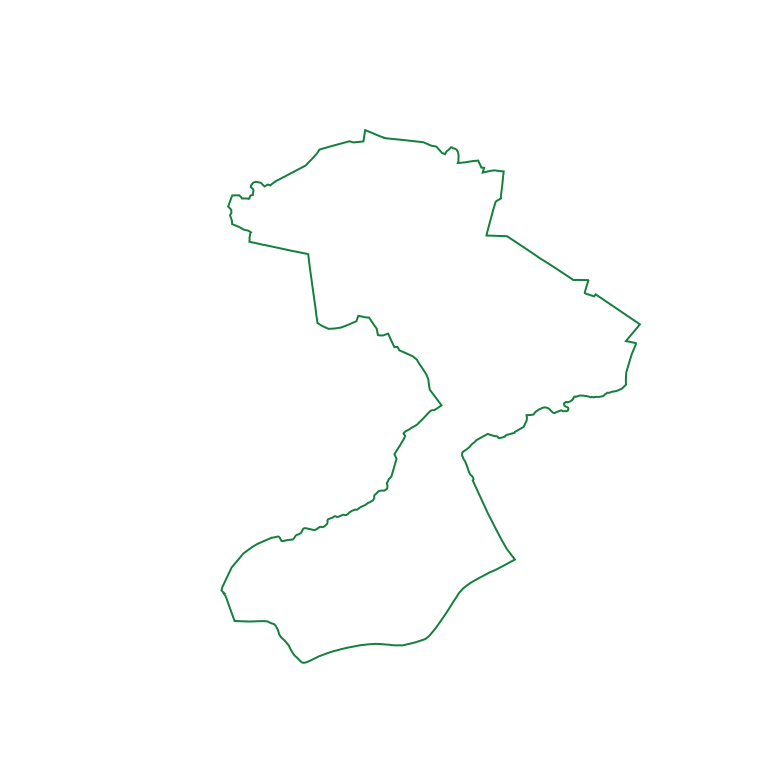 the district of Dorolt, Satu Mare, Romania, rotated 329°
{"feature_id": "2599482B34553912089918", "entity_name": "Dorolt", "entity_type": "district", "adm_level": 2, "iso_a3": "ROU", "parent_name": "Romania", "parent_adm1": "Satu Mare", "projection": "equal_earth", "projection_center": [22.775, 47.851], "detail": "fine", "context": "isolated", "style": "outline", "palette": "green", "viewbox_px": 768, "rotation_deg": 329, "n_neighbors": 0, "source": "geoboundaries", "source_scale": "gbopen_adm2", "svg_char_len": 6130}
<svg xmlns="http://www.w3.org/2000/svg" viewBox="0 0 768 768"><g transform="rotate(329 384 384)"><path d="M405.8,601.9L404.3,588.7L404.5,579.4L405.2,566.1L406.5,547.7L410.4,512.3L411.2,512.1L411.6,511.9L411.8,511.4L412.0,510.8L412.1,509.9L412.0,508.3L411.4,506.6L411.3,505.6L411.5,503.1L412.7,498.1L412.8,496.9L413.2,495.7L413.2,494.4L413.5,493.5L413.6,491.8L413.6,488.9L414.0,486.5L414.0,485.6L415.5,483.4L416.3,482.8L421.4,482.6L424.6,482.1L428.7,480.8L431.2,480.6L433.4,480.0L434.2,479.7L447.2,480.2L449.1,482.5L451.1,484.7L452.8,486.2L453.7,486.8L454.1,487.5L454.5,489.4L454.8,489.6L456.6,490.4L460.1,491.3L460.7,491.3L461.5,490.8L463.1,490.9L468.4,492.4L468.4,492.5L470.6,493.1L471.3,492.7L471.5,492.5L481.6,492.7L487.4,488.8L488.3,487.8L489.4,486.0L490.1,484.1L492.4,485.4L495.8,487.0L496.5,487.1L497.1,486.9L497.5,486.6L500.1,485.8L501.2,485.9L502.3,485.8L502.7,485.7L505.0,485.8L505.7,486.0L507.5,486.0L508.7,486.4L510.4,487.2L511.7,488.7L512.8,490.4L513.5,493.5L513.9,495.0L514.3,495.9L515.0,496.6L515.6,496.9L516.3,496.8L517.9,497.1L518.5,497.1L522.3,497.8L523.6,499.7L525.2,500.5L526.9,501.5L527.8,501.5L529.0,500.6L529.4,500.0L529.6,499.1L528.6,497.5L527.5,495.7L527.9,493.9L528.4,493.3L530.4,493.1L531.2,493.3L531.8,494.1L532.9,494.5L534.7,494.8L536.1,494.8L537.1,494.7L537.2,494.4L538.1,494.1L538.6,494.2L539.6,493.1L540.0,493.0L541.0,493.0L541.5,493.3L541.7,493.8L544.3,494.3L545.7,494.7L547.5,495.7L548.8,496.6L550.4,498.0L551.3,498.4L551.5,498.7L551.9,499.3L553.0,500.2L554.4,501.9L555.3,502.0L555.7,502.2L556.3,503.0L556.9,503.4L559.7,504.5L561.5,505.7L562.9,506.3L565.8,507.3L566.4,507.2L568.4,506.6L570.1,506.7L570.8,506.5L571.4,506.7L572.2,507.4L572.8,507.6L575.2,508.0L576.2,508.3L578.6,509.4L580.6,509.9L585.8,510.5L591.1,509.2L592.4,506.8L593.5,504.9L595.7,501.6L598.0,498.4L602.1,494.8L606.7,490.5L611.9,485.9L620.2,479.8L620.9,478.6L613.5,471.8L634.1,464.7L611.6,416.2L609.2,417.1L603.2,410.1L603.0,409.6L603.1,409.1L606.5,405.9L612.5,400.5L612.5,400.1L601.9,393.5L601.7,393.5L599.7,392.2L599.0,390.4L587.8,367.1L582.2,356.1L579.5,350.0L565.6,320.7L548.3,309.5L551.6,306.1L567.6,290.7L573.1,285.7L574.3,285.1L579.8,285.2L580.6,283.6L586.6,276.0L596.1,263.4L593.7,261.7L588.9,257.9L586.0,256.5L577.5,253.6L581.1,250.2L578.9,248.6L579.0,248.4L579.8,241.0L574.3,238.4L566.8,235.4L561.2,232.6L561.7,232.3L562.7,231.0L563.4,230.0L563.7,229.3L565.4,227.0L566.1,225.2L566.5,224.6L566.9,223.2L566.9,220.7L566.5,219.7L565.8,218.6L564.8,217.6L564.4,217.4L564.3,216.9L564.4,216.5L563.9,216.0L563.2,215.6L560.3,216.5L558.4,216.7L557.3,217.0L556.7,217.2L555.4,217.9L554.7,218.4L552.8,216.0L551.9,211.2L551.1,207.5L550.9,207.2L547.4,204.2L542.2,197.0L525.7,184.4L511.7,174.0L511.0,173.3L511.2,173.2L508.6,170.2L499.1,157.3L498.6,156.7L491.3,165.5L482.8,161.5L481.9,160.9L479.4,158.1L477.9,157.7L460.6,152.8L449.4,149.8L445.5,151.8L437.9,154.1L432.1,155.6L429.6,156.4L395.6,154.4L395.2,154.6L394.8,154.4L390.5,154.9L388.9,155.3L387.1,153.2L383.3,153.1L382.1,148.1L378.3,144.7L375.7,144.1L372.4,145.2L371.2,146.7L372.1,149.3L371.7,151.1L369.9,153.0L369.0,154.4L366.6,153.7L364.6,155.1L364.3,155.6L364.0,155.7L363.4,155.7L362.7,154.9L360.4,153.3L357.8,151.9L357.6,149.2L357.3,148.6L357.2,147.8L351.1,144.2L348.3,146.3L341.8,151.7L342.8,155.9L341.3,158.7L338.9,160.1L337.8,165.4L336.2,168.8L340.7,174.8L343.3,179.5L346.5,182.5L348.1,185.5L347.3,185.7L344.0,189.4L343.5,190.5L341.9,192.8L348.4,198.8L351.4,201.8L354.5,204.5L371.0,220.0L384.4,232.2L385.9,233.7L381.8,242.8L378.2,251.1L363.5,285.7L361.4,290.2L360.2,293.3L358.4,297.4L360.6,301.9L364.8,308.1L370.0,310.9L376.0,313.4L382.5,314.6L392.6,316.0L397.1,312.4L400.7,315.6L402.9,317.7L405.4,319.3L405.9,329.6L406.3,332.7L404.5,337.4L404.0,339.0L405.8,340.4L407.3,341.4L408.6,342.0L411.5,342.5L413.5,343.0L412.6,350.4L411.9,357.8L414.5,359.0L414.7,359.6L414.5,363.0L422.8,374.8L424.7,379.9L424.6,384.8L425.0,390.5L425.2,397.8L424.4,402.8L422.5,406.9L420.3,412.4L421.4,422.8L422.3,431.9L417.9,432.2L413.7,432.3L411.4,431.1L410.2,431.0L406.7,431.8L400.2,433.7L394.9,434.9L391.7,435.8L389.3,435.9L385.5,435.7L383.0,435.9L377.6,435.7L375.8,436.1L375.2,436.7L375.4,438.6L375.2,439.7L374.5,440.0L373.2,441.0L366.6,444.6L356.8,449.5L356.2,454.6L342.7,467.1L340.7,467.7L339.4,467.9L338.4,468.5L337.1,469.6L336.1,470.0L335.3,470.5L334.9,471.3L334.8,472.6L333.3,474.9L332.1,475.5L329.1,475.5L327.3,474.2L326.0,473.6L324.0,473.1L318.4,474.5L317.6,475.4L317.0,476.7L314.7,478.1L313.3,478.0L311.3,478.1L308.9,477.7L305.8,478.1L301.0,477.5L299.5,477.5L298.8,477.7L297.0,477.8L296.0,477.9L295.1,477.0L293.6,476.6L291.2,476.2L287.8,476.3L286.2,476.9L284.6,476.9L284.0,476.8L283.2,476.4L282.1,475.3L281.2,474.9L276.3,474.3L275.0,473.5L274.5,472.5L273.9,472.1L273.5,471.9L271.2,472.0L268.9,471.5L266.1,471.2L265.4,471.7L264.6,473.2L263.9,474.0L262.9,474.7L259.6,475.3L258.1,475.3L257.4,475.0L256.1,473.7L255.3,473.4L251.7,473.7L249.2,473.5L243.2,467.8L242.2,466.9L240.7,466.5L239.9,466.6L236.9,468.5L235.8,469.0L234.9,469.0L233.4,468.8L231.7,468.5L230.2,468.5L227.0,470.1L226.0,470.3L225.0,470.0L221.7,468.4L219.8,467.7L216.2,466.6L215.3,465.7L215.5,462.8L215.5,461.8L215.1,460.6L214.5,460.1L209.5,458.4L208.7,457.9L193.3,455.9L189.2,455.9L187.7,455.8L176.5,456.8L158.9,462.8L140.6,475.0L138.4,477.2L138.6,478.6L139.4,481.1L138.7,481.0L139.0,483.8L138.6,486.4L135.9,499.6L133.9,510.2L146.6,518.5L153.4,522.2L158.1,524.9L160.8,526.7L162.1,527.7L163.2,529.7L164.7,531.7L166.0,533.0L166.5,535.0L166.6,535.8L166.4,540.0L165.8,542.5L165.2,544.6L165.3,547.9L165.9,549.9L166.7,552.8L167.7,558.9L167.2,564.0L167.3,569.2L167.8,571.6L168.7,574.4L169.6,578.6L170.2,580.3L171.6,581.7L174.3,582.6L178.8,583.2L187.8,583.9L196.0,585.4L201.5,586.6L210.9,589.3L217.4,591.4L230.1,596.1L233.6,597.8L235.5,598.6L242.9,602.4L246.2,604.5L254.3,610.3L257.1,612.5L260.0,614.4L265.3,617.6L271.1,619.5L277.5,621.5L280.4,622.2L287.1,623.7L288.2,623.9L290.8,623.6L293.0,623.2L298.4,621.4L303.8,619.4L313.4,615.1L321.0,611.6L332.2,605.9L335.3,604.5L341.0,601.6L346.6,600.0L350.6,599.4L356.6,599.0L365.7,599.3L377.5,599.9L381.4,600.5L384.9,600.9L405.8,601.9Z" fill="none" stroke="#15803d" stroke-width="2"/></g></svg>